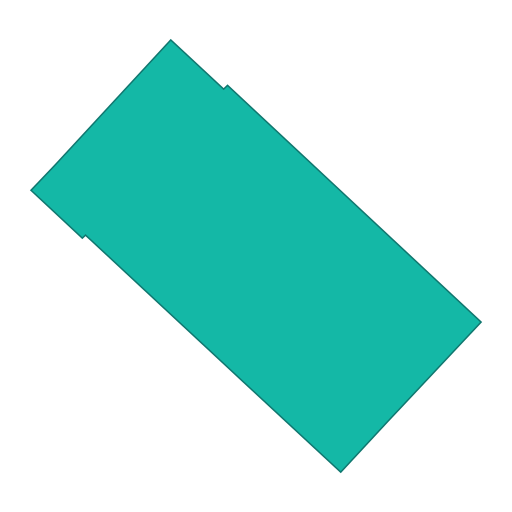 outline of Perry, Mississippi, United States of America, rotated 133°
{"feature_id": "52423323B55832283983627", "entity_name": "Perry", "entity_type": "district", "adm_level": 2, "iso_a3": "USA", "parent_name": "United States of America", "parent_adm1": "Mississippi", "projection": "robinson", "projection_center": [-88.978, 31.172], "detail": "fine", "context": "isolated", "style": "filled", "palette": "teal", "viewbox_px": 512, "rotation_deg": 133, "n_neighbors": 0, "source": "geoboundaries", "source_scale": "gbopen_adm2", "svg_char_len": 334}
<svg xmlns="http://www.w3.org/2000/svg" viewBox="0 0 512 512"><g transform="rotate(133 256 256)"><path d="M287.6,46.8L240.4,46.6L150.8,46.3L150.8,117.6L150.6,393.2L156.0,393.5L156.1,465.7L327.2,465.0L361.4,465.4L361.4,395.2L357.0,394.9L356.7,179.3L356.3,46.6L287.6,46.8Z" fill="#14b8a6" stroke="#0f766e" stroke-width="1.5"/></g></svg>